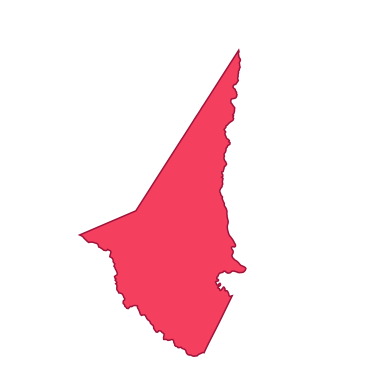 Envira, Amazonas, Brazil (Mercator projection), rotated 116°
{"feature_id": "56859067B30113136675295", "entity_name": "Envira", "entity_type": "district", "adm_level": 2, "iso_a3": "BRA", "parent_name": "Brazil", "parent_adm1": "Amazonas", "projection": "mercator", "projection_center": [-70.098, -7.617], "detail": "fine", "context": "isolated", "style": "filled", "palette": "rose", "viewbox_px": 384, "rotation_deg": 116, "n_neighbors": 0, "source": "geoboundaries", "source_scale": "gbopen_adm2", "svg_char_len": 5536}
<svg xmlns="http://www.w3.org/2000/svg" viewBox="0 0 384 384"><g transform="rotate(116 192 192)"><path d="M279.9,274.2L279.8,271.9L280.0,270.5L280.7,269.2L281.7,266.2L282.3,264.4L282.6,262.6L281.7,261.5L281.0,260.1L280.5,258.6L280.4,257.1L280.0,255.5L280.2,253.9L281.1,252.7L282.3,251.8L282.2,250.2L282.6,247.3L283.0,245.9L282.6,244.3L281.9,243.0L280.5,242.6L280.7,241.1L280.6,239.6L281.6,238.4L283.1,238.2L286.2,237.6L286.3,235.3L286.9,233.9L287.9,232.9L289.3,232.3L290.5,229.9L293.0,229.6L293.5,228.3L294.7,227.3L295.6,225.9L297.7,223.5L299.2,223.1L301.9,224.6L303.1,223.6L303.5,222.2L304.9,222.5L305.5,221.1L306.5,219.8L307.9,220.4L308.4,219.0L309.5,218.1L310.9,217.7L312.3,217.0L313.3,215.9L313.7,214.6L314.8,213.7L314.4,212.3L314.1,210.7L314.6,209.3L315.5,208.1L316.6,207.1L317.1,205.9L318.5,205.3L319.8,206.0L321.3,205.6L322.4,204.9L322.9,203.3L324.1,202.3L324.4,201.0L325.1,199.7L324.8,198.3L321.9,197.2L321.4,195.8L320.1,195.1L319.2,193.9L318.9,193.2L318.6,192.6L318.3,191.1L319.7,190.4L320.6,189.2L321.4,188.1L322.3,187.0L324.5,184.8L325.1,183.4L324.1,182.3L323.2,180.9L323.6,179.6L325.5,177.2L326.2,175.8L326.4,174.2L327.0,172.9L328.1,171.8L328.8,169.9L329.0,168.4L330.1,167.4L331.4,166.6L332.2,165.4L332.9,164.0L333.6,162.8L333.0,161.4L331.6,161.2L330.8,160.1L330.7,158.6L331.4,157.3L331.5,155.8L332.2,154.5L333.7,154.2L335.6,153.7L336.9,152.8L335.7,150.2L335.9,148.6L334.8,146.9L333.7,145.9L333.1,144.5L333.8,143.3L335.3,142.3L336.1,141.1L337.3,140.4L337.8,139.0L337.5,137.5L338.0,136.1L337.2,134.9L336.3,133.8L336.9,132.4L336.8,131.0L336.6,129.6L337.2,128.1L338.4,127.1L339.3,126.0L339.9,124.6L339.8,123.1L339.1,121.8L339.1,119.4L338.6,118.0L336.9,115.5L335.1,114.9L331.4,111.8L331.2,110.7L326.4,110.8L321.0,110.8L304.2,110.5L294.1,110.4L267.6,110.4L268.2,111.1L268.9,111.6L269.2,112.5L268.8,113.4L268.3,113.8L267.6,114.2L267.1,114.8L266.6,115.3L266.1,115.9L265.6,116.8L265.4,117.5L266.1,118.3L266.2,119.0L265.7,119.4L265.0,119.6L264.3,120.2L263.8,120.9L263.5,121.5L263.7,122.1L264.5,122.2L265.2,122.3L265.9,122.5L266.9,122.8L267.6,122.9L268.1,123.3L268.0,124.0L267.5,124.5L266.9,125.0L266.9,126.1L266.8,126.9L266.0,127.1L265.3,126.6L264.6,126.1L263.8,125.7L262.8,125.7L262.2,126.1L261.8,126.9L262.3,127.3L263.0,127.5L263.6,127.6L264.3,127.8L264.7,128.5L264.3,129.3L263.6,130.1L263.1,130.8L262.6,131.4L261.8,131.2L261.4,130.6L261.0,130.1L260.6,129.6L260.0,129.4L259.4,129.6L259.1,130.2L259.1,130.9L259.2,131.7L258.5,132.1L258.0,132.2L257.4,132.2L256.9,131.8L254.4,131.9L253.0,131.7L251.7,130.4L250.8,129.1L249.3,128.8L248.7,127.5L249.2,126.1L249.3,124.5L248.6,123.1L247.4,122.0L245.8,121.5L244.9,120.3L244.2,116.9L244.2,115.4L243.9,114.6L243.6,113.8L243.3,113.3L242.8,112.6L242.6,112.0L242.2,111.5L241.8,111.0L241.1,110.5L240.5,110.2L239.7,110.0L238.7,109.8L238.0,109.9L237.2,110.0L236.7,110.6L236.5,111.1L236.4,111.9L236.4,112.8L236.4,113.4L236.4,114.4L236.5,115.5L236.3,116.7L236.0,117.4L235.8,117.9L235.5,118.5L235.2,119.1L235.0,119.7L234.5,121.5L234.4,122.6L234.3,123.6L234.1,124.3L233.9,124.9L233.6,125.6L233.4,126.2L233.0,126.9L232.5,127.5L232.0,128.0L231.4,128.3L230.8,128.5L229.8,128.4L228.9,128.4L227.8,128.7L226.9,129.3L226.4,130.1L226.0,130.9L225.7,131.4L225.1,131.9L224.4,132.2L223.7,131.9L223.3,131.4L223.0,130.8L223.0,130.0L222.4,129.4L221.6,129.2L220.9,129.5L220.2,130.0L219.8,130.6L219.4,131.2L218.9,132.0L218.4,132.5L217.7,133.5L217.3,134.1L216.8,135.0L216.3,135.8L215.2,138.1L214.9,138.9L214.5,139.4L214.2,139.9L213.8,140.4L213.3,140.8L212.8,141.4L212.2,141.9L211.6,142.4L210.9,143.0L210.2,143.6L209.6,143.9L209.0,144.3L208.6,144.7L207.9,145.0L206.8,145.4L205.8,145.7L205.0,145.8L204.3,145.9L203.6,146.2L202.8,146.4L202.3,146.8L201.7,147.3L201.1,147.8L200.6,148.2L200.1,148.6L199.7,148.9L199.0,149.5L198.1,150.0L197.4,150.4L196.9,150.7L196.4,151.1L195.9,151.3L194.7,151.8L194.0,152.1L192.7,153.2L191.7,154.3L190.1,157.0L188.7,157.6L188.2,158.0L187.5,158.7L186.6,159.9L184.6,162.1L183.2,162.3L181.9,164.8L180.7,165.8L179.7,167.0L178.4,167.7L177.0,167.8L175.5,167.7L174.2,167.3L172.9,167.9L171.5,167.8L169.1,169.4L167.5,169.7L166.1,170.1L165.8,171.8L164.2,171.2L162.9,172.0L162.2,173.3L161.0,174.0L160.0,173.0L158.3,173.3L156.7,173.6L155.1,174.0L153.6,173.3L151.8,173.1L150.0,175.1L149.5,176.4L148.4,177.5L147.2,178.4L145.7,178.5L144.5,179.6L142.9,179.8L141.6,179.5L140.2,179.6L137.3,180.6L136.0,180.0L134.6,180.3L133.5,179.4L132.2,178.9L131.4,179.3L130.8,179.6L130.8,181.0L129.4,181.0L128.8,182.5L128.8,184.0L128.0,185.1L126.9,186.2L126.1,187.3L124.8,188.2L123.3,188.0L122.6,189.3L121.7,190.6L120.3,190.2L118.9,189.9L117.6,190.5L116.3,189.6L114.7,189.2L113.3,188.7L112.0,188.0L110.7,187.2L109.4,186.6L107.7,186.8L106.8,188.1L105.3,188.0L104.7,189.3L103.4,188.8L100.9,189.2L99.1,190.0L97.6,190.5L96.2,193.3L95.4,194.5L95.0,195.9L92.5,197.4L90.9,197.1L89.2,194.8L88.1,193.9L86.5,193.8L84.8,194.2L84.0,195.2L82.8,195.7L82.0,197.2L80.8,198.2L80.5,199.7L79.9,201.1L78.4,201.5L77.0,201.1L76.1,199.9L71.6,199.2L70.5,200.3L69.1,201.1L67.7,201.2L66.5,202.0L64.5,202.4L63.1,203.2L61.6,203.0L60.2,203.5L58.8,203.4L57.7,204.4L56.4,205.2L55.2,206.1L53.8,206.2L52.4,206.2L51.2,207.2L50.5,208.5L49.4,209.5L46.9,211.1L45.4,211.2L44.1,212.2L65.6,214.7L75.8,215.9L76.5,216.0L82.9,216.7L97.7,218.4L98.6,218.5L101.8,218.9L108.8,219.7L110.7,220.0L111.6,220.1L112.3,220.2L113.9,220.3L115.0,220.4L119.2,220.9L122.8,221.4L130.1,222.2L131.9,222.4L148.5,224.3L149.1,224.5L149.8,224.5L182.4,228.3L200.4,230.4L211.9,231.7L233.5,234.2L234.1,234.7L245.5,244.5L279.9,274.2Z" fill="#f43f5e" stroke="#9f1239" stroke-width="1.5"/></g></svg>